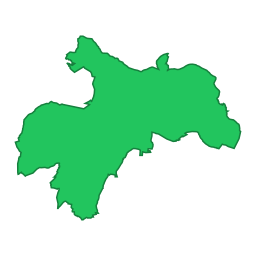 the district of Vultureni, Cluj, Romania
{"feature_id": "2599482B57852865325631", "entity_name": "Vultureni", "entity_type": "district", "adm_level": 2, "iso_a3": "ROU", "parent_name": "Romania", "parent_adm1": "Cluj", "projection": "natural_earth1", "projection_center": [23.551, 46.958], "detail": "fine", "context": "isolated", "style": "filled", "palette": "green", "viewbox_px": 256, "rotation_deg": 0, "n_neighbors": 0, "source": "geoboundaries", "source_scale": "gbopen_adm2", "svg_char_len": 5700}
<svg xmlns="http://www.w3.org/2000/svg" viewBox="0 0 256 256"><path d="M240.6,131.4L239.9,130.9L239.6,130.3L239.7,128.4L239.3,125.6L238.8,124.3L237.2,123.3L235.7,121.7L233.5,119.9L230.2,119.3L229.1,118.9L227.2,116.7L226.7,115.4L226.6,114.7L227.0,114.0L226.5,112.7L226.9,111.8L227.9,111.1L226.5,110.9L226.1,110.6L226.2,109.7L226.0,108.9L226.3,107.8L225.5,107.1L225.7,106.8L225.3,106.2L225.4,105.9L224.7,104.2L223.8,103.7L223.8,104.2L223.1,104.3L221.6,103.8L222.7,104.7L222.7,105.0L222.4,105.1L221.3,104.3L221.1,104.5L220.1,104.2L218.8,103.1L218.8,102.6L218.5,102.2L218.6,101.6L218.3,101.5L218.2,101.0L218.2,100.3L217.8,100.4L216.9,98.6L217.2,98.0L218.3,96.9L219.1,94.8L219.1,93.8L219.5,92.3L219.5,91.4L219.0,90.5L216.5,88.1L215.4,86.8L214.0,84.0L214.0,83.0L215.8,79.3L215.9,77.8L215.0,76.8L212.9,75.9L210.7,74.4L209.2,72.5L208.3,71.9L206.7,70.3L201.8,68.1L198.9,66.2L197.2,65.7L195.9,64.8L192.6,64.2L190.1,64.3L188.4,64.7L186.1,65.8L183.6,67.5L179.1,69.4L177.2,69.5L174.3,68.8L173.0,69.0L171.1,69.0L169.0,69.5L167.5,70.4L167.5,70.1L168.8,69.1L168.3,67.6L168.3,65.5L167.3,65.0L166.4,63.6L166.0,63.6L166.5,63.1L166.2,62.5L167.1,61.5L167.8,58.3L168.4,56.9L167.2,55.8L167.2,55.3L168.1,53.6L167.3,53.5L163.6,54.6L160.5,56.5L158.6,58.6L158.5,59.1L157.7,59.7L156.6,61.1L156.5,63.6L157.3,65.5L157.2,66.5L158.7,69.4L154.7,68.0L152.9,67.2L152.0,67.1L149.6,67.9L146.8,69.4L144.1,70.0L142.7,70.7L141.9,71.5L140.6,71.6L137.7,70.4L134.4,69.7L128.5,67.7L127.2,66.3L124.5,64.5L123.1,63.3L123.0,62.6L122.7,62.3L119.1,60.9L118.6,59.9L118.1,59.3L118.1,58.9L117.6,58.4L116.0,58.2L114.9,58.5L114.1,57.5L112.1,56.4L111.1,56.4L109.8,55.9L108.3,54.1L107.2,53.3L103.1,53.2L102.1,52.9L100.8,51.3L100.0,49.2L98.7,47.9L98.6,47.0L97.2,45.7L97.0,45.2L96.3,44.4L96.1,43.8L95.4,42.9L93.6,41.4L91.9,38.8L87.5,38.4L86.5,38.1L83.0,36.2L80.3,36.2L79.4,38.1L77.9,38.8L77.9,41.3L78.3,42.0L78.5,43.5L78.0,44.9L78.1,47.0L77.8,47.8L76.6,49.1L75.7,51.1L75.6,52.1L74.5,52.5L72.9,52.5L70.6,52.1L69.6,52.3L69.1,52.9L66.7,54.7L67.3,55.3L66.8,56.0L66.8,56.5L66.1,57.4L65.7,58.3L66.3,59.1L67.0,58.7L68.2,59.1L68.7,59.8L70.4,59.9L70.8,60.6L71.4,60.7L71.4,61.3L72.4,62.7L74.7,63.5L72.9,64.9L72.4,64.3L71.7,64.0L71.4,64.2L71.6,65.1L70.8,64.8L70.2,65.0L69.8,64.6L69.8,64.0L69.2,63.6L67.4,63.2L67.2,63.4L68.8,65.3L68.9,66.2L70.3,67.3L70.1,68.2L71.1,69.4L74.5,72.3L83.6,66.8L84.2,67.4L84.7,68.2L90.5,71.6L91.5,73.2L92.2,76.4L94.9,77.0L93.9,80.3L93.2,81.9L92.7,84.0L94.6,89.2L94.3,93.5L93.5,97.0L91.6,101.3L90.5,100.3L89.6,101.1L85.2,103.4L88.3,104.1L89.5,104.7L83.8,108.8L63.0,104.5L62.1,104.1L61.1,104.3L60.9,104.7L59.7,105.0L56.7,103.1L53.2,102.6L51.4,101.5L50.3,102.0L48.8,103.6L46.6,103.5L42.4,104.9L41.2,105.1L40.8,105.7L38.5,106.9L35.8,108.9L34.9,110.1L34.8,111.0L33.6,111.8L33.1,112.4L31.9,113.3L30.0,113.9L28.5,114.7L24.0,119.9L24.0,120.9L23.7,122.0L23.8,124.2L23.3,125.8L23.2,127.4L22.7,128.6L22.7,129.6L21.8,133.1L20.4,134.5L20.3,135.2L19.6,135.5L19.3,136.5L19.4,137.4L18.5,137.7L18.3,138.2L19.2,141.0L15.4,142.2L17.0,147.1L18.3,148.9L19.4,151.0L21.1,152.5L20.7,153.8L20.4,156.7L19.3,156.9L18.7,158.5L18.7,159.6L17.7,163.6L17.8,172.6L18.1,174.3L18.7,174.1L20.6,172.6L21.4,172.3L21.5,172.9L22.3,173.5L22.7,173.5L25.3,176.1L25.9,175.6L33.0,173.0L36.7,169.2L39.5,167.5L41.1,167.7L45.0,167.4L47.1,168.0L48.8,167.9L50.6,166.7L53.3,165.9L54.5,165.1L55.1,164.1L56.1,163.4L56.7,163.2L59.1,163.1L59.4,163.3L59.4,163.8L58.9,165.0L59.7,166.1L58.8,167.3L59.3,167.6L57.6,170.0L57.7,170.4L56.9,171.8L57.7,172.5L55.3,175.9L54.8,176.1L54.7,176.7L54.4,176.9L54.6,176.9L54.5,177.1L55.6,177.2L54.3,178.9L50.3,182.7L50.2,182.9L50.7,183.4L50.8,184.3L51.2,184.6L50.8,185.4L51.1,186.3L51.3,187.7L54.1,188.0L57.2,189.1L57.4,188.6L59.1,188.5L59.1,189.9L57.9,192.8L56.7,197.5L58.0,203.4L58.0,204.9L57.7,208.4L58.1,208.4L58.3,207.8L60.4,205.8L63.3,202.3L64.7,201.4L65.7,201.2L67.0,202.3L68.6,203.4L68.3,203.8L68.6,203.9L71.6,204.4L71.2,207.4L72.3,208.6L72.8,208.8L72.7,209.6L72.2,211.1L72.4,211.8L74.3,211.9L74.3,214.1L75.4,215.4L76.4,215.6L76.8,216.0L77.6,215.9L77.8,216.4L78.0,216.3L79.0,216.6L80.7,217.9L81.4,218.9L81.7,219.7L82.3,219.8L83.4,219.6L83.5,219.3L86.6,217.4L87.9,218.1L88.5,217.9L90.9,218.0L92.4,216.8L92.6,216.7L92.7,217.0L93.4,217.0L92.7,215.2L96.2,214.3L95.6,212.8L96.9,213.1L98.2,213.2L97.3,211.8L97.4,210.4L96.7,208.8L96.1,205.7L97.4,202.7L97.4,201.3L98.5,199.3L98.9,197.6L99.1,195.3L102.6,188.5L103.0,188.3L102.9,187.9L103.2,186.0L103.1,185.6L104.1,183.4L104.2,182.7L104.4,182.5L104.7,181.5L105.3,180.7L105.5,179.7L107.8,176.4L108.3,174.4L109.4,175.1L110.5,174.2L113.1,174.5L115.2,175.1L115.2,176.8L117.2,176.8L116.2,173.6L116.2,171.6L116.4,171.0L118.3,168.6L121.0,164.1L122.0,162.8L122.7,160.9L122.5,160.7L123.0,159.0L123.4,159.2L124.0,157.9L125.1,157.5L125.7,156.5L125.8,155.8L126.2,155.4L126.4,154.5L126.7,154.3L126.6,153.9L127.5,152.4L127.9,152.3L128.9,151.3L131.0,150.1L132.0,149.2L133.4,148.5L135.4,148.6L138.8,149.3L140.3,150.2L139.9,155.4L142.3,155.4L142.6,151.9L145.7,152.6L150.6,152.3L150.0,150.8L147.9,150.8L148.2,148.7L152.0,149.0L152.9,146.2L153.0,144.4L152.5,143.3L152.4,142.6L151.7,142.2L151.3,141.6L150.9,140.2L151.9,136.0L152.0,132.2L154.9,132.9L155.9,133.5L158.4,133.9L166.9,139.0L173.2,141.4L176.1,141.1L176.1,140.4L176.3,140.2L178.3,140.4L179.6,139.8L178.7,139.2L181.9,136.3L182.3,136.6L182.8,136.1L183.2,136.6L186.9,134.6L185.0,133.3L186.4,132.4L192.2,131.5L196.6,131.7L197.6,132.1L198.4,132.9L198.9,134.5L199.8,135.8L199.8,136.4L200.7,138.1L202.5,140.0L202.8,141.1L205.6,143.8L208.3,145.5L209.0,146.1L211.4,146.9L213.6,147.1L215.2,147.7L216.4,147.7L217.0,148.3L217.2,148.1L218.9,148.7L222.3,144.2L223.8,144.8L225.7,145.0L228.2,146.5L234.1,148.4L239.0,138.7L240.6,131.4Z" fill="#22c55e" stroke="#15803d" stroke-width="1.5"/></svg>